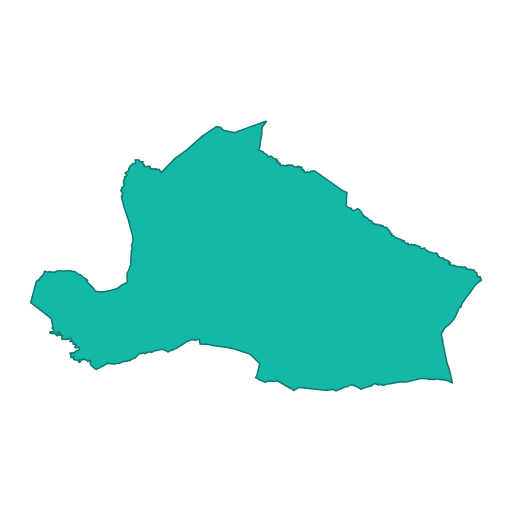 Vaals, Netherlands
{"feature_id": "6326949B17278408062250", "entity_name": "Vaals", "entity_type": "district", "adm_level": 2, "iso_a3": "NLD", "parent_name": "Netherlands", "parent_adm1": "", "projection": "equal_earth", "projection_center": [5.971, 50.778], "detail": "fine", "context": "isolated", "style": "filled", "palette": "teal", "viewbox_px": 512, "rotation_deg": 0, "n_neighbors": 0, "source": "geoboundaries", "source_scale": "gbopen_adm2", "svg_char_len": 6013}
<svg xmlns="http://www.w3.org/2000/svg" viewBox="0 0 512 512"><path d="M94.5,368.4L96.3,369.4L108.0,363.3L110.6,363.8L112.6,363.5L112.5,363.8L114.4,364.1L117.7,363.2L119.0,363.4L122.5,361.8L124.8,361.5L125.2,361.0L127.4,361.3L128.7,360.2L129.5,360.7L132.7,358.8L135.0,358.1L139.6,353.3L141.7,353.6L143.3,352.8L144.6,353.6L145.7,353.4L147.3,352.3L149.8,352.0L151.2,352.4L154.9,350.8L161.5,349.4L164.3,349.8L167.8,351.9L169.3,351.5L171.1,349.9L172.7,350.3L173.3,349.4L176.2,348.5L187.7,341.1L192.1,339.7L195.4,340.3L199.1,339.1L200.2,344.1L207.9,344.3L213.2,345.6L226.1,347.3L234.9,349.1L250.1,354.2L259.7,363.5L257.1,374.6L255.6,377.8L257.2,377.9L258.3,379.2L265.4,382.4L266.6,381.6L268.6,381.2L271.7,381.1L273.7,381.5L277.4,380.8L289.6,388.0L289.9,387.6L293.6,390.5L299.2,387.4L325.7,390.3L333.6,389.5L335.1,390.6L336.3,390.8L345.1,386.9L347.4,386.7L349.6,385.2L352.4,384.9L358.4,387.5L361.1,389.4L364.1,387.8L369.0,386.5L369.2,385.8L370.4,386.4L374.5,383.6L376.8,384.4L377.5,384.0L378.3,385.1L381.2,384.1L382.2,385.3L383.1,385.3L387.9,383.9L390.4,383.8L396.1,382.6L401.3,381.9L404.6,382.1L407.8,381.7L420.4,378.5L427.4,378.8L429.3,379.5L431.2,379.2L433.9,379.6L437.4,378.9L439.1,379.5L443.8,379.8L447.3,380.6L452.3,382.7L449.1,368.4L447.4,364.1L446.6,361.0L442.9,343.1L442.7,340.2L441.1,334.4L444.6,328.2L449.5,324.1L453.9,319.1L455.1,317.3L459.5,307.1L460.3,307.4L461.1,306.5L461.7,305.4L461.6,304.5L462.5,302.8L467.0,296.3L469.6,293.3L474.6,285.9L476.2,283.9L481.3,280.4L480.9,279.4L481.0,278.7L480.4,278.6L480.5,278.2L479.9,277.4L480.1,276.8L477.3,276.5L477.3,275.7L476.9,275.5L477.0,273.2L474.3,271.2L473.7,269.6L472.5,270.1L470.9,269.3L470.2,269.6L468.1,269.2L466.5,268.5L465.1,266.9L463.3,267.4L461.3,266.8L460.2,266.9L459.6,266.5L457.3,267.1L456.7,266.3L454.4,265.9L454.3,265.2L452.8,265.8L452.0,265.1L449.4,264.6L448.9,263.8L449.5,263.7L450.3,262.6L448.9,262.1L449.0,261.3L447.1,260.3L443.9,259.5L444.2,258.9L443.4,258.2L440.1,257.6L439.5,257.4L439.3,256.8L438.1,256.5L437.8,254.5L437.3,254.3L437.0,253.4L436.0,252.9L433.7,253.4L430.9,252.2L429.3,252.1L425.6,249.7L424.7,248.6L424.7,248.1L420.6,248.6L419.9,246.7L415.9,245.3L414.8,245.3L414.7,244.7L412.7,245.2L411.8,244.3L409.3,244.9L408.8,244.4L408.2,244.5L408.2,243.5L407.3,243.1L406.4,243.6L405.9,243.4L404.8,242.3L404.1,240.7L402.5,240.7L402.0,239.9L398.1,238.7L396.4,237.6L395.1,237.5L393.3,235.7L391.7,235.8L391.5,234.4L391.9,233.8L390.6,233.3L390.5,232.6L389.9,232.0L389.9,231.3L388.2,229.5L387.5,229.3L387.1,227.8L386.1,227.2L384.9,227.6L383.9,227.2L383.1,225.9L381.9,226.3L381.4,225.9L381.9,225.6L381.0,225.0L379.7,225.3L377.6,224.2L375.9,224.6L375.0,224.2L374.5,223.5L373.1,223.7L371.6,221.0L369.4,220.5L368.7,219.4L368.1,219.3L367.8,218.4L365.7,217.4L364.9,217.4L365.1,216.6L364.2,216.0L363.2,216.2L363.5,215.5L363.2,214.9L361.5,213.1L361.7,212.1L360.2,211.4L359.9,210.1L357.8,208.7L353.4,210.9L351.8,209.8L351.5,208.4L348.3,207.5L346.3,205.9L346.4,199.6L346.9,192.4L342.1,190.4L314.9,171.1L313.4,170.8L311.8,171.4L311.0,171.0L309.8,172.1L308.5,172.5L307.3,171.8L306.9,172.3L304.5,172.3L303.9,171.8L304.3,171.0L303.0,169.3L302.0,169.8L301.3,167.8L301.7,167.3L301.2,167.0L299.8,166.7L299.3,167.1L298.2,166.2L297.4,167.3L296.8,166.9L295.1,166.9L293.4,166.5L292.8,165.4L291.1,164.9L289.7,165.4L288.8,164.9L288.0,165.7L287.1,165.0L286.0,166.0L283.0,165.2L281.2,165.6L280.0,165.2L279.7,164.9L280.4,164.2L279.4,162.8L278.4,162.9L277.7,161.5L277.0,161.5L277.5,160.8L276.2,160.6L276.2,159.4L276.6,159.2L272.9,158.2L272.0,156.7L270.7,156.1L268.4,157.1L267.3,155.0L263.4,152.6L263.0,151.8L258.6,149.9L259.8,147.5L260.1,143.9L261.9,133.4L261.9,129.3L262.3,127.0L266.3,121.6L265.7,121.2L234.5,132.7L224.3,130.5L222.8,129.7L221.0,127.6L218.4,126.7L217.1,127.0L216.4,126.6L201.8,136.5L186.7,150.0L175.3,158.1L161.2,172.5L160.9,171.6L159.9,171.0L159.9,170.4L159.0,169.3L157.6,169.6L156.0,168.7L154.9,168.8L154.3,169.6L152.6,168.6L151.5,169.0L151.0,168.4L150.4,168.5L150.1,166.6L149.5,166.7L148.9,166.0L146.6,166.8L145.3,166.8L144.4,166.1L144.5,165.2L143.7,165.1L143.3,164.6L143.5,164.1L142.6,163.5L142.8,162.6L142.3,162.4L142.9,161.9L140.0,161.7L139.3,160.3L137.5,159.8L135.2,160.0L135.5,163.3L135.0,163.7L132.5,163.7L132.2,164.4L130.2,166.0L128.7,168.7L128.8,169.9L128.0,171.2L125.4,172.7L125.2,173.3L127.0,174.9L126.5,176.0L124.6,176.8L124.9,178.9L124.0,179.5L123.5,181.7L123.6,183.7L124.0,183.8L123.8,184.2L124.2,185.0L123.4,186.5L122.0,187.4L121.7,188.5L121.9,189.2L120.8,190.1L121.3,191.7L122.8,192.6L122.0,194.7L122.4,196.3L121.4,196.7L124.5,208.6L128.2,219.4L133.0,237.3L132.8,241.8L131.5,245.6L131.9,247.5L132.4,248.4L131.5,250.4L131.0,258.9L130.6,260.1L131.0,261.9L130.6,263.2L131.0,264.1L130.4,265.9L129.7,267.0L129.4,268.7L127.2,273.4L127.0,278.4L127.5,281.7L126.3,282.8L121.7,285.2L117.1,288.5L110.4,290.5L104.0,291.7L100.7,291.9L95.3,291.3L93.3,288.1L86.4,281.1L87.6,280.2L87.1,279.8L83.0,277.0L80.4,274.7L78.8,274.6L75.1,271.7L73.6,271.7L71.3,270.9L68.5,270.6L62.9,271.2L61.1,270.8L57.3,270.9L55.6,272.1L54.6,271.8L53.3,272.3L49.0,271.6L47.6,272.1L44.6,271.2L43.5,274.2L42.3,275.9L40.1,277.8L39.2,280.1L38.0,280.0L37.1,281.5L36.4,281.2L30.7,302.6L51.4,318.6L53.0,327.8L52.0,328.1L53.6,329.6L54.2,330.8L53.6,331.7L51.0,331.7L50.1,332.1L49.7,332.9L51.8,333.5L55.4,333.7L56.5,335.5L57.4,335.8L58.3,335.3L58.6,334.5L57.4,332.3L57.8,332.0L59.0,332.1L60.7,333.7L60.7,334.2L59.6,334.4L59.7,335.0L62.6,335.9L61.6,338.2L62.1,339.3L68.5,339.3L69.7,338.3L71.0,338.3L71.4,340.0L70.1,340.7L70.0,341.5L73.1,341.6L73.5,342.2L73.0,343.5L73.2,344.1L76.1,344.5L76.0,345.5L74.8,347.0L74.9,347.6L76.4,347.9L78.7,347.2L79.4,347.8L78.9,349.9L76.4,350.7L75.1,351.9L75.0,352.5L70.1,353.1L70.2,354.1L71.3,354.6L70.7,356.5L70.8,357.4L71.7,357.6L73.7,356.9L73.3,358.4L73.8,359.4L76.1,360.2L78.2,360.1L78.5,360.7L78.6,361.9L79.2,362.3L80.4,361.7L80.3,361.2L79.6,360.4L79.6,359.9L82.5,360.0L82.5,359.2L83.0,358.8L84.7,359.7L86.2,359.8L88.0,361.5L89.6,360.2L90.2,360.3L90.6,361.1L90.1,362.7L91.1,365.3L94.5,368.4Z" fill="#14b8a6" stroke="#0f766e" stroke-width="1.5"/></svg>